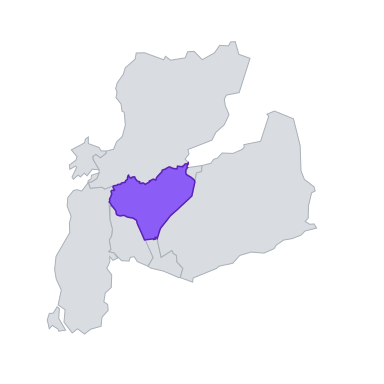 map of Iraq with Jordan, Kuwait, Iran and 4 others greyed out, rotated 277°
{"feature_id": "IRQ", "entity_name": "Iraq", "entity_type": "country or territory", "adm_level": 0, "iso_a3": "IRQ", "parent_name": "Asia", "parent_adm1": "", "projection": "robinson", "projection_center": [44.579, 33.218], "detail": "fine", "context": "with_neighbors", "style": "filled", "palette": "violet", "viewbox_px": 384, "rotation_deg": 277, "n_neighbors": 7, "source": "natural_earth", "source_scale": "50m", "svg_char_len": 6395}
<svg xmlns="http://www.w3.org/2000/svg" viewBox="0 0 384 384"><g transform="rotate(277 192 192)"><path d="M111.4,160.5L113.0,157.3L122.2,161.3L138.8,150.7L141.9,162.8L123.4,169.3L131.6,179.2L128.7,180.9L127.3,184.2L120.8,185.6L115.0,192.3L105.6,190.7L105.4,189.2L110.0,173.3L111.4,160.5Z" fill="#d9dde1" stroke="#a8b0b8" stroke-width="1"/><path d="M215.6,184.5L219.5,198.7L213.5,199.0L211.4,194.2L203.8,193.2L210.0,183.7L215.6,184.5Z" fill="#d9dde1" stroke="#a8b0b8" stroke-width="1"/><path d="M220.7,185.0L215.9,179.8L215.8,174.5L213.1,174.5L214.4,167.3L210.0,159.7L199.8,154.3L194.0,144.8L195.9,137.0L200.0,133.6L199.4,127.8L193.9,124.8L184.1,105.1L185.7,102.0L183.2,90.6L188.7,87.8L190.0,91.5L194.1,96.1L199.7,97.4L202.7,97.1L212.2,89.8L215.2,89.1L217.7,92.0L214.9,96.9L220.1,102.1L222.1,101.6L224.8,108.9L232.6,111.0L238.5,116.0L250.2,117.7L262.9,115.0L263.6,112.7L270.8,110.8L276.4,105.1L281.9,105.4L285.4,103.6L291.2,104.5L300.5,109.5L307.1,110.6L317.0,119.4L323.2,119.7L324.4,128.1L319.8,147.7L323.5,149.2L320.2,154.6L324.3,168.9L330.7,170.6L331.8,177.0L324.6,186.0L332.6,197.2L340.9,201.6L341.5,210.4L345.6,212.0L346.5,216.6L334.4,221.7L331.7,233.3L296.4,226.7L292.4,214.5L288.3,212.7L281.8,214.5L273.3,219.3L262.9,216.0L254.1,208.4L245.9,205.5L233.7,182.8L229.2,184.4L223.8,181.1L220.7,185.0Z" fill="#d9dde1" stroke="#a8b0b8" stroke-width="1"/><path d="M113.0,157.3L116.2,146.2L120.8,142.5L119.5,138.6L115.8,138.1L115.2,130.5L122.0,122.0L122.6,116.5L125.2,118.4L134.3,115.7L138.6,117.5L145.4,117.5L154.9,113.8L168.7,112.4L164.4,118.6L159.9,121.1L160.6,128.3L157.3,140.3L122.2,161.3L113.0,157.3Z" fill="#d9dde1" stroke="#a8b0b8" stroke-width="1"/><path d="M188.6,113.0L184.6,114.7L181.8,112.2L172.2,110.9L154.9,113.8L145.4,117.5L138.6,117.5L134.3,115.7L125.2,118.4L122.6,116.5L122.0,122.0L117.4,126.4L114.5,121.9L117.8,118.2L112.7,119.0L105.9,116.7L100.0,122.4L87.5,123.5L81.1,118.2L72.2,117.9L70.1,122.0L64.3,123.2L56.7,117.9L47.7,118.1L43.5,108.2L37.9,102.7L42.3,95.0L37.5,90.3L47.2,80.8L59.7,80.4L63.6,72.9L78.8,74.2L88.9,67.9L98.3,65.1L111.6,64.9L136.8,75.6L146.2,74.1L153.1,75.0L162.7,69.8L171.3,69.4L179.0,74.2L180.3,77.7L179.5,82.4L188.7,87.8L183.2,90.6L185.7,102.0L184.1,105.1L188.6,113.0ZM38.9,67.0L47.4,63.9L54.1,65.2L54.8,69.0L61.6,72.1L60.0,74.6L50.4,75.1L39.5,83.4L37.6,76.8L39.6,75.7L42.6,69.6L38.9,67.0Z" fill="#d9dde1" stroke="#a8b0b8" stroke-width="1"/><path d="M199.6,68.0L203.9,67.0L209.5,72.9L213.0,73.6L219.1,67.1L227.7,79.3L231.5,79.8L234.0,82.4L227.4,83.2L224.8,94.4L221.8,96.7L222.1,101.6L220.1,102.1L214.9,96.9L217.7,92.0L215.2,89.1L212.2,89.8L202.7,97.1L202.5,90.3L195.3,85.9L197.6,82.8L193.3,79.4L194.9,76.9L190.2,72.7L192.1,71.1L202.5,74.5L203.6,73.3L199.6,68.0ZM199.7,97.4L194.1,96.1L190.0,91.5L188.7,87.8L190.4,87.5L192.8,90.2L196.4,90.2L199.7,97.4Z" fill="#d9dde1" stroke="#a8b0b8" stroke-width="1"/><path d="M105.6,190.7L115.0,192.3L120.8,185.6L127.3,184.2L128.7,180.9L131.6,179.2L123.4,169.3L141.9,162.8L152.0,165.5L164.4,172.4L188.1,192.5L211.4,194.2L213.5,199.0L219.5,198.7L222.9,207.3L227.1,209.5L228.6,213.0L234.4,217.2L235.3,228.0L240.3,236.5L242.9,238.5L245.3,237.7L250.7,253.9L276.6,258.9L278.3,256.8L282.4,263.9L277.0,283.8L251.2,293.7L226.3,297.6L218.2,302.0L212.0,312.5L208.0,314.1L205.8,310.8L192.5,309.3L180.2,310.5L176.6,307.9L174.3,312.8L175.2,317.0L171.4,320.1L167.0,308.9L162.5,305.4L157.9,297.0L155.5,288.9L149.6,282.1L145.8,280.4L140.1,270.9L139.6,258.1L134.8,247.1L126.2,241.1L121.7,228.0L119.2,225.8L106.8,203.6L102.6,203.6L105.6,190.7Z" fill="#d9dde1" stroke="#a8b0b8" stroke-width="1"/><path d="M168.8,113.6L169.6,113.4L171.0,112.2L171.9,111.1L172.2,111.0L173.0,111.4L173.5,111.5L174.8,111.0L175.6,111.3L176.2,111.6L176.6,111.6L178.3,112.3L178.7,112.4L179.6,112.4L180.9,112.5L181.8,112.0L182.4,111.6L182.8,111.6L183.2,111.7L183.5,111.9L183.8,112.2L184.0,112.7L183.9,114.2L184.0,114.6L184.3,114.9L184.6,114.9L184.9,114.6L185.5,114.1L186.3,113.6L186.9,113.1L187.2,112.9L187.7,113.0L188.2,113.1L188.5,113.3L188.8,114.1L189.5,116.7L189.9,117.0L190.3,117.3L190.6,117.7L190.7,118.1L190.7,118.7L190.7,119.4L190.9,119.9L191.1,120.3L191.4,120.6L191.7,120.6L192.2,120.7L192.4,121.1L193.4,124.1L193.4,124.5L193.8,124.6L194.5,124.5L195.1,124.8L195.8,125.3L196.4,126.2L196.9,126.4L198.2,126.2L200.1,126.4L201.0,126.9L200.9,127.1L200.2,127.5L199.0,127.9L198.7,128.5L198.5,129.3L198.5,129.8L198.8,130.3L199.7,131.3L199.7,131.7L199.9,132.2L200.0,132.6L199.9,133.3L199.1,133.7L198.1,134.2L196.1,136.5L196.0,137.0L196.0,138.4L195.8,138.8L195.1,138.8L194.6,138.7L194.6,139.2L194.3,139.8L194.1,140.4L194.9,141.6L195.0,142.3L194.9,143.0L194.2,144.0L193.8,144.8L194.4,145.2L196.1,147.6L196.6,148.4L197.4,148.2L197.6,148.2L197.8,148.4L198.0,148.6L198.0,149.0L197.8,149.5L198.7,149.8L199.0,150.3L200.1,152.1L200.0,152.7L199.5,153.6L199.5,154.2L199.6,154.7L199.8,154.9L201.3,154.9L202.0,155.1L203.6,156.1L205.5,157.5L207.0,158.7L208.3,159.7L209.6,159.7L210.0,159.8L210.3,160.2L210.7,161.0L211.5,162.9L212.2,163.5L213.3,165.0L214.2,166.4L213.6,168.3L213.0,170.3L213.0,172.9L213.1,174.3L214.4,174.4L215.8,174.4L215.9,176.1L215.9,177.8L215.9,179.7L216.4,179.7L217.1,180.1L217.4,180.8L217.7,181.1L218.2,181.1L218.6,181.4L219.1,182.0L219.2,182.4L219.1,182.7L219.2,183.2L219.5,183.9L219.9,184.2L220.5,184.7L219.7,184.9L218.9,184.7L217.1,183.9L216.5,183.9L215.7,184.2L215.7,184.5L213.8,183.5L213.1,183.3L212.8,183.3L211.8,183.3L210.2,183.5L209.3,183.9L208.7,184.3L208.4,184.7L208.3,184.9L207.8,186.0L207.2,187.5L206.7,188.9L205.5,190.8L204.9,191.7L203.5,193.3L202.0,193.6L198.6,193.3L194.8,192.9L191.0,192.6L188.2,192.3L187.9,192.2L185.1,189.9L182.9,188.1L180.2,185.8L177.4,183.4L174.6,181.1L172.5,179.4L170.0,177.1L167.7,175.1L165.9,173.5L163.6,172.1L161.8,171.1L159.2,169.5L157.2,168.2L155.4,167.1L152.6,165.4L151.7,165.0L148.9,164.4L146.2,164.0L143.4,163.5L141.5,163.1L142.7,162.0L142.4,160.9L141.5,161.1L140.7,161.3L140.2,159.7L140.8,159.5L140.3,157.3L139.7,155.1L139.2,152.9L138.6,150.7L141.0,149.3L142.8,148.3L145.3,146.8L147.6,145.4L149.9,144.0L152.4,142.5L154.7,141.2L156.7,140.6L157.2,140.2L158.1,138.4L158.9,136.8L159.0,136.5L159.0,134.3L159.2,131.7L159.4,130.3L159.9,129.1L160.3,128.2L160.4,127.3L160.4,126.5L159.9,125.2L159.5,123.9L159.6,122.6L159.7,121.9L160.0,120.8L160.4,120.0L161.0,119.5L162.9,119.0L164.0,118.7L165.6,117.3L166.5,116.4L167.8,115.1L168.7,114.1L168.8,113.8L168.8,113.6Z" fill="#8b5cf6" stroke="#5b21b6" stroke-width="1.5"/></g></svg>